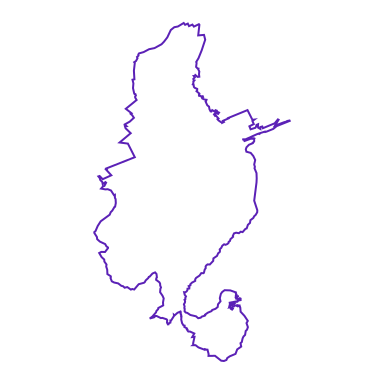 Brasov, Brasov, Romania (Natural Earth projection)
{"feature_id": "2599482B43115927474837", "entity_name": "Brasov", "entity_type": "district", "adm_level": 2, "iso_a3": "ROU", "parent_name": "Romania", "parent_adm1": "Brasov", "projection": "natural_earth1", "projection_center": [25.605, 45.626], "detail": "fine", "context": "isolated", "style": "outline", "palette": "violet", "viewbox_px": 384, "rotation_deg": 0, "n_neighbors": 0, "source": "geoboundaries", "source_scale": "gbopen_adm2", "svg_char_len": 6039}
<svg xmlns="http://www.w3.org/2000/svg" viewBox="0 0 384 384"><path d="M244.4,315.8L240.6,311.7L240.3,307.7L239.7,305.9L239.2,306.4L238.3,305.7L237.5,306.2L237.1,305.6L237.6,305.2L237.2,305.1L236.8,305.9L234.5,305.2L234.0,306.3L232.4,306.2L232.5,307.7L233.0,308.5L232.1,309.6L230.8,308.8L230.7,307.7L230.0,307.6L230.0,307.0L229.4,307.2L229.8,306.5L229.3,306.5L229.6,305.3L230.8,305.4L233.0,304.1L231.5,304.3L231.2,303.8L229.8,303.4L229.7,302.7L232.2,302.2L233.8,303.8L234.9,303.1L234.2,301.8L236.3,301.4L236.9,301.9L237.7,301.4L237.8,300.6L240.6,300.1L240.6,298.6L239.8,298.2L238.5,299.3L237.3,298.5L236.6,298.7L236.7,297.6L234.9,297.9L238.8,296.1L236.1,296.5L236.3,295.9L235.8,296.1L235.8,295.6L236.2,294.0L235.8,293.5L235.9,292.4L230.3,290.4L224.6,290.2L222.2,292.0L220.9,293.8L219.8,298.2L220.5,301.3L218.0,304.3L217.7,307.0L215.5,308.8L212.2,310.0L211.5,311.1L207.8,312.7L205.0,314.7L205.2,315.4L204.8,315.7L201.8,316.6L200.7,317.7L198.2,318.2L196.0,316.3L190.4,315.0L187.3,312.9L185.9,312.6L184.6,311.4L184.7,308.8L184.3,308.0L184.6,306.4L183.9,304.3L184.9,302.6L185.1,301.1L184.5,299.8L185.4,299.1L185.3,297.8L186.0,296.4L184.7,294.8L184.1,292.2L185.3,292.3L186.6,291.4L187.4,290.2L187.5,288.7L189.3,288.5L189.4,287.2L188.7,286.1L190.4,285.3L190.3,284.3L192.0,282.6L195.2,280.9L195.2,279.3L196.1,277.9L199.5,275.6L201.3,273.1L203.4,273.2L203.9,272.8L204.7,269.6L205.7,268.2L205.6,266.5L206.2,265.5L207.5,264.4L209.8,264.5L213.2,260.9L213.4,258.4L217.0,255.9L218.2,253.2L219.6,252.2L220.0,251.0L219.7,249.4L221.3,247.8L222.3,245.7L224.1,244.3L225.5,244.8L227.4,244.0L228.6,242.8L228.7,241.8L230.0,240.9L230.4,239.2L233.1,236.8L232.8,236.0L234.0,233.4L236.1,232.7L238.9,233.2L240.7,231.7L242.6,232.1L245.4,228.9L246.7,228.4L247.9,224.8L250.0,222.9L250.4,220.2L253.3,218.0L254.2,216.2L255.6,215.0L257.2,212.3L257.3,210.2L254.2,200.7L256.5,182.5L256.7,178.5L256.5,173.1L254.5,168.2L254.9,166.9L254.2,164.5L255.2,160.0L253.3,156.0L250.7,152.9L246.4,151.7L245.8,149.3L246.5,147.3L248.9,144.8L252.8,143.2L252.7,142.7L253.8,141.9L254.2,141.2L254.1,139.2L254.4,138.5L253.8,138.2L252.2,138.8L251.9,138.3L244.5,141.0L243.9,139.7L242.3,139.3L245.6,139.3L257.4,134.0L258.7,133.6L259.2,134.0L259.6,133.8L259.5,133.3L265.0,131.6L265.2,132.0L266.6,131.6L273.3,128.9L276.7,126.1L289.7,120.9L289.5,120.5L287.2,121.0L284.7,122.4L284.4,122.1L275.0,125.6L278.6,119.8L277.9,119.4L274.7,123.3L262.9,128.2L262.3,126.5L260.4,127.0L260.4,129.0L258.2,127.7L257.9,126.8L258.1,124.2L256.5,124.9L256.0,126.8L255.4,127.8L250.6,129.3L249.4,126.3L253.8,124.1L252.4,121.0L254.3,119.6L252.7,119.8L252.2,119.4L247.5,110.1L228.2,118.0L228.5,118.4L223.0,120.8L223.9,122.0L222.1,122.9L222.0,122.4L220.9,122.1L218.5,120.4L217.5,119.2L218.5,118.5L215.8,115.4L215.1,115.9L214.0,114.4L214.5,113.9L215.0,114.1L215.7,112.9L218.1,113.9L219.0,112.6L216.2,111.3L216.6,110.6L215.5,110.2L214.7,111.6L212.2,110.1L211.4,111.5L210.6,111.4L209.5,109.3L209.0,106.6L207.3,105.3L205.6,101.6L206.1,101.1L206.5,99.8L204.4,99.5L202.3,98.5L201.9,97.7L203.1,97.1L202.7,96.2L201.4,96.6L200.5,95.8L199.2,95.9L198.9,95.0L199.4,93.6L196.5,91.2L197.2,90.2L197.2,88.9L194.7,87.8L193.9,86.9L193.6,84.7L192.8,84.4L193.4,83.1L193.3,81.7L194.3,80.5L193.7,80.4L193.3,78.9L194.8,77.4L193.8,76.0L194.8,75.9L195.3,75.0L197.6,76.9L199.3,76.7L199.0,74.1L199.3,71.5L198.2,69.2L198.4,68.6L197.5,68.4L196.1,66.9L196.6,62.9L196.2,62.0L198.5,58.2L201.7,50.3L205.2,39.7L204.0,34.9L198.2,35.4L199.4,24.8L198.9,24.2L193.9,26.6L192.4,24.6L189.0,26.1L187.8,23.6L185.1,24.8L183.7,23.0L177.9,26.5L174.3,27.2L170.8,30.0L167.3,37.4L164.0,41.7L161.6,44.2L154.5,48.1L149.1,49.2L143.6,52.1L139.0,53.4L138.3,54.5L138.5,55.6L137.0,57.0L137.5,58.2L136.0,61.0L134.2,62.2L134.8,63.0L133.9,70.7L134.4,79.3L132.5,79.7L133.4,83.4L133.0,88.1L134.2,93.5L134.6,94.1L135.4,94.1L135.9,95.5L135.1,96.7L135.2,97.6L136.6,100.0L125.8,108.8L131.6,113.3L130.7,113.9L132.2,115.2L133.9,117.8L129.8,121.6L124.8,124.4L126.5,126.1L124.9,126.2L125.6,128.3L130.7,133.2L119.6,142.5L127.9,143.6L134.8,157.2L106.2,168.5L106.7,169.3L106.0,169.5L111.3,175.3L102.7,179.2L99.6,176.0L98.4,176.4L100.1,178.6L100.0,179.1L100.3,180.0L102.3,182.0L102.7,184.1L105.4,182.1L106.1,182.7L104.4,185.9L103.1,186.3L101.1,188.6L105.4,189.4L107.7,189.2L111.0,190.5L114.0,195.2L114.9,194.8L114.9,197.8L115.6,199.1L115.8,203.1L115.1,206.7L114.5,206.9L112.3,210.6L110.7,212.2L109.7,214.7L100.7,221.3L97.7,226.0L95.5,231.1L94.3,232.1L94.3,232.9L96.9,237.0L97.2,239.2L99.9,241.6L105.2,244.1L106.4,246.3L108.0,247.5L108.0,248.1L105.0,252.0L101.3,251.9L99.2,253.0L101.6,257.1L104.2,259.5L104.4,261.6L106.5,264.5L106.2,266.6L107.2,269.6L107.4,274.1L110.7,276.2L110.9,277.0L110.5,278.0L111.8,281.3L114.1,282.5L118.2,283.4L121.3,285.8L123.2,286.3L124.6,287.7L127.3,287.1L130.9,289.6L132.2,289.0L134.2,289.5L138.7,284.2L143.9,282.8L144.8,282.1L145.7,280.4L148.2,278.1L148.8,276.9L149.6,276.7L152.5,273.5L155.1,272.4L156.5,274.0L156.9,277.4L156.3,278.2L156.1,279.8L159.4,282.3L160.1,283.6L160.2,285.5L161.0,287.5L160.4,288.7L160.1,292.2L162.5,295.7L163.7,298.4L163.0,302.5L163.2,305.4L158.3,308.0L158.1,309.2L156.4,311.0L156.0,312.4L152.3,316.6L149.7,318.5L154.1,317.3L155.5,316.0L156.6,316.0L160.9,318.1L162.4,317.9L166.6,319.3L167.2,320.1L167.0,322.6L167.9,324.4L168.5,324.3L168.6,323.4L170.4,322.6L170.4,320.5L171.1,320.5L173.5,316.7L174.0,315.9L173.9,314.8L174.6,315.4L177.5,312.8L180.5,311.5L180.8,312.1L180.5,313.6L181.1,314.3L180.9,314.8L181.5,316.2L181.1,316.7L181.4,317.5L181.2,319.5L182.1,323.2L183.4,325.3L184.6,325.6L184.4,327.0L186.9,328.4L186.8,329.3L187.5,329.6L187.4,330.4L188.3,331.5L189.9,331.5L194.3,333.5L192.2,337.1L194.5,336.9L193.1,343.4L193.5,344.6L192.8,345.2L195.6,345.2L198.4,347.4L204.5,349.7L204.8,349.1L205.5,349.3L205.5,349.7L207.5,349.7L208.6,354.0L208.5,355.9L215.0,355.8L221.2,360.7L223.9,361.0L226.4,360.0L227.3,358.0L229.8,356.3L235.5,353.9L237.2,349.4L241.2,346.6L240.5,343.2L241.8,342.0L242.6,338.4L243.5,336.5L245.1,334.9L245.7,331.0L247.0,329.7L247.9,327.1L246.5,323.1L247.8,320.9L244.4,315.8Z" fill="none" stroke="#5b21b6" stroke-width="2"/></svg>